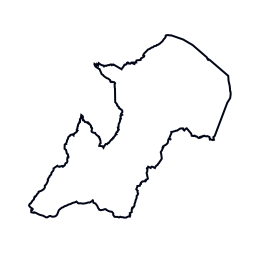 outline of Ahualulco de Mercado, Jalisco, Mexico, rotated 175°
{"feature_id": "50627088B69009115313413", "entity_name": "Ahualulco de Mercado", "entity_type": "district", "adm_level": 2, "iso_a3": "MEX", "parent_name": "Mexico", "parent_adm1": "Jalisco", "projection": "robinson", "projection_center": [-103.9, 20.71], "detail": "fine", "context": "isolated", "style": "outline", "palette": "ink", "viewbox_px": 256, "rotation_deg": 175, "n_neighbors": 0, "source": "geoboundaries", "source_scale": "gbopen_adm2", "svg_char_len": 5865}
<svg xmlns="http://www.w3.org/2000/svg" viewBox="0 0 256 256"><g transform="rotate(175 128 128)"><path d="M231.7,52.5L229.2,51.7L228.8,52.2L227.6,51.7L223.9,49.4L220.0,47.9L217.4,46.1L216.0,46.1L214.0,47.1L213.2,47.2L211.2,46.2L208.9,46.2L207.8,46.5L206.2,47.8L204.0,52.2L201.7,53.9L200.3,54.6L199.2,54.8L198.1,55.6L196.3,55.9L194.1,56.9L191.8,57.3L189.8,58.2L187.2,58.6L185.8,59.2L184.1,57.3L183.7,57.2L182.1,57.2L179.5,56.6L176.5,56.7L174.2,57.3L172.7,57.1L170.3,58.3L169.7,58.9L169.2,59.7L169.3,58.3L168.9,56.5L167.0,55.6L166.3,54.5L165.5,53.3L164.6,50.6L164.0,49.9L163.8,49.1L162.4,48.5L159.9,48.7L158.6,49.1L157.3,49.1L156.5,48.2L154.8,47.1L153.3,46.4L151.4,46.0L150.1,44.3L150.3,42.7L149.3,40.9L148.9,40.6L146.4,40.4L144.7,39.7L143.5,40.3L142.4,39.7L140.9,39.6L139.9,39.1L137.9,38.9L134.6,40.1L133.9,39.6L133.5,40.3L133.4,40.8L133.4,41.5L133.7,41.8L133.4,42.3L133.6,43.0L131.6,43.9L131.4,46.6L130.7,47.2L131.0,47.8L130.5,48.5L129.9,48.4L128.9,49.2L128.4,50.0L128.1,51.8L127.0,54.1L126.6,55.6L125.5,57.5L125.3,59.6L124.1,60.7L123.6,61.8L124.0,62.5L124.1,63.8L123.8,64.6L125.1,66.3L124.0,68.3L123.7,69.4L121.3,69.4L120.6,71.0L120.0,71.1L119.9,71.5L120.0,72.2L119.1,72.9L118.4,73.5L116.0,73.5L115.2,74.4L114.9,73.8L114.1,74.9L112.6,75.8L113.4,81.7L112.6,83.0L112.3,85.0L112.9,86.3L113.3,86.6L112.0,86.2L111.9,86.7L111.3,87.7L108.9,86.2L108.3,87.1L107.7,87.4L106.7,87.1L104.7,85.8L103.7,87.5L101.4,89.0L101.0,89.9L100.0,90.6L99.5,91.5L98.3,92.8L97.0,94.6L97.2,99.4L97.5,101.1L96.3,102.6L95.3,104.4L95.3,105.1L94.9,105.1L94.5,105.5L94.4,106.2L94.7,106.5L94.5,106.8L91.5,108.1L89.9,109.4L89.3,110.9L88.8,113.0L88.1,113.8L85.9,112.6L87.9,114.0L85.0,119.6L85.2,120.2L81.4,120.8L80.8,121.1L79.3,121.1L76.1,122.9L73.5,122.9L73.1,122.7L73.3,122.0L72.2,120.6L69.9,122.7L70.0,123.2L65.7,117.1L65.3,115.7L65.2,114.7L63.0,114.2L62.6,114.6L62.2,114.6L61.4,113.8L60.3,113.6L59.0,112.2L58.3,111.9L57.5,111.9L57.2,112.7L56.5,112.9L56.0,112.3L55.5,112.5L55.2,113.1L54.5,113.0L53.8,113.6L53.2,113.3L52.4,113.6L52.1,113.2L50.8,112.9L49.7,113.0L47.7,112.0L47.5,109.9L47.1,110.2L46.6,109.3L44.4,108.6L43.4,108.8L43.8,111.4L42.3,112.5L26.9,144.5L23.6,148.9L22.8,152.6L22.7,155.1L23.0,155.6L23.0,160.8L23.7,166.2L23.6,171.2L40.2,188.2L41.9,189.6L42.3,189.0L42.5,189.2L43.4,191.6L56.4,205.0L65.4,211.4L77.0,216.6L77.8,216.5L80.1,217.1L82.0,217.0L82.6,216.3L82.5,215.6L83.0,214.8L84.9,213.0L86.0,211.5L89.1,209.2L91.1,208.2L92.0,208.2L92.6,207.5L94.9,207.2L96.0,206.3L97.5,206.1L99.5,204.9L101.1,204.5L105.3,200.9L106.1,200.0L106.5,199.1L105.5,198.4L105.8,197.7L109.1,196.1L109.5,194.7L113.6,194.6L114.4,193.1L114.2,192.6L114.8,192.6L115.4,192.1L115.8,192.4L116.1,191.2L117.1,191.6L117.6,192.8L118.4,192.9L118.4,192.4L119.9,192.4L120.1,191.9L122.6,192.3L122.3,193.2L122.5,193.3L123.3,193.0L123.3,192.5L124.8,191.2L125.5,191.5L126.6,190.7L126.9,189.8L127.8,189.0L128.1,188.4L129.0,187.8L129.3,187.1L136.8,192.4L137.1,192.1L138.2,192.6L138.7,192.0L139.6,192.8L140.3,192.7L141.1,192.2L142.1,192.4L143.7,192.1L144.1,191.8L145.5,192.1L146.4,191.5L146.5,191.8L147.1,192.0L147.6,192.7L148.8,192.9L149.5,193.4L151.5,195.1L152.3,192.9L153.3,194.3L153.7,193.4L155.8,194.8L155.9,194.3L155.1,192.1L151.4,189.1L151.2,189.1L149.5,183.9L148.1,182.8L147.6,181.9L146.0,180.5L144.6,179.4L143.5,179.0L141.7,177.3L141.2,175.9L141.4,175.7L140.9,175.2L139.6,175.4L139.1,175.0L137.8,174.9L136.9,173.7L137.5,172.7L137.7,169.2L137.5,168.7L138.5,155.0L136.7,152.3L136.9,151.8L136.7,151.1L135.4,149.9L135.4,148.9L134.8,148.6L134.8,148.1L133.8,147.6L132.3,146.0L132.2,144.4L133.7,142.6L132.7,141.6L134.4,140.8L134.2,140.2L134.5,139.2L134.2,138.2L134.6,137.4L135.1,137.4L135.1,136.7L135.8,134.5L136.9,132.8L137.6,128.6L138.0,128.8L137.9,127.8L137.4,127.2L138.1,126.6L138.0,126.3L138.9,125.5L139.0,124.9L139.7,124.8L140.8,123.1L140.3,122.6L141.1,122.4L141.4,121.6L143.2,119.9L143.4,119.3L143.8,119.4L144.0,118.8L145.0,118.4L145.2,117.7L145.9,117.6L148.6,114.7L149.1,114.8L150.3,113.7L150.8,114.0L151.7,113.9L154.0,111.0L154.2,110.5L154.4,110.8L154.3,111.9L158.2,112.7L157.4,114.6L156.6,115.3L156.6,118.1L156.9,119.0L156.8,119.5L157.3,119.9L157.5,121.6L158.0,121.7L158.1,122.3L159.5,123.4L160.9,125.1L161.1,125.9L162.7,126.3L164.3,127.2L164.6,127.8L164.6,128.5L164.2,129.1L164.1,130.6L163.8,130.8L164.0,131.5L164.7,131.9L164.8,132.7L164.6,133.2L164.7,133.5L165.7,134.8L165.9,135.4L166.6,136.1L167.0,135.8L167.4,136.2L166.8,136.3L167.1,137.0L167.8,137.3L168.6,137.1L169.3,137.5L170.4,137.8L171.1,139.2L172.1,139.6L171.8,140.3L172.4,141.1L172.5,141.9L172.0,142.3L172.2,142.8L172.0,143.6L173.4,145.0L174.1,142.1L174.5,141.2L175.0,141.1L175.3,140.2L175.1,139.8L175.6,138.7L175.3,138.5L175.4,138.0L175.9,137.9L176.4,136.9L176.8,136.8L177.7,135.0L177.6,134.3L178.2,133.6L178.5,131.8L179.1,131.1L179.0,130.9L179.1,129.9L178.8,129.8L179.3,129.4L179.1,129.0L180.5,127.9L181.8,127.3L182.3,126.5L182.9,126.4L183.0,125.5L183.6,126.1L183.5,126.5L185.5,126.2L186.3,125.4L186.7,125.5L187.0,125.0L188.2,124.2L188.9,122.2L189.8,121.1L190.1,119.7L190.9,118.3L190.9,117.5L191.6,117.5L192.5,117.0L193.0,112.8L191.6,111.5L191.2,107.9L190.3,107.2L190.0,105.8L190.1,105.0L189.8,104.4L189.9,103.8L190.4,103.6L190.9,103.7L191.3,102.0L191.3,100.1L191.9,98.8L193.3,98.3L194.3,96.3L194.8,96.2L195.1,95.8L196.2,95.1L196.6,95.8L197.0,96.0L198.4,95.5L199.0,95.7L199.6,95.3L201.4,96.0L201.7,96.5L205.7,94.2L205.7,93.3L206.1,92.1L208.1,90.2L208.6,88.3L210.3,86.9L210.6,86.0L211.2,85.5L212.0,84.4L212.1,83.6L212.5,83.3L212.3,82.5L213.6,80.2L214.4,79.0L215.9,77.8L216.0,76.1L216.6,75.1L218.2,73.8L220.3,72.9L222.6,72.3L222.8,71.4L224.6,69.8L224.9,69.1L225.7,68.2L226.1,67.8L226.5,68.0L227.2,67.4L227.3,66.7L227.6,66.6L227.9,65.3L228.2,64.9L229.7,63.7L230.3,62.7L230.9,62.2L231.3,61.5L232.3,61.1L233.0,60.2L233.3,59.6L233.1,58.9L232.0,57.3L230.1,55.9L230.0,55.3L230.5,54.7L231.6,54.6L231.7,52.5Z" fill="none" stroke="#020617" stroke-width="2"/></g></svg>